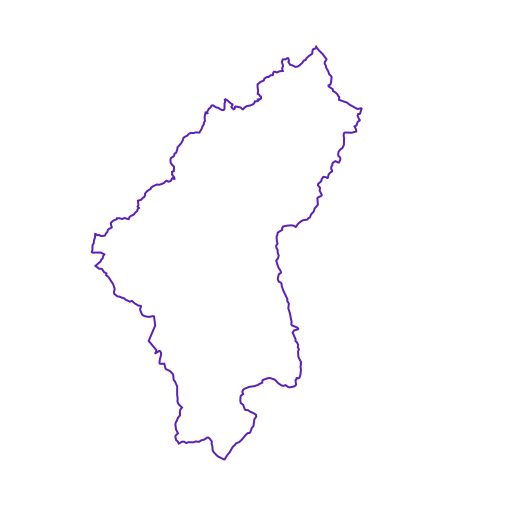 outline of Tay Giang, Quàng Nam, Vietnam, rotated 145°
{"feature_id": "81297802B8357375846053", "entity_name": "Tay Giang", "entity_type": "district", "adm_level": 2, "iso_a3": "VNM", "parent_name": "Vietnam", "parent_adm1": "Quàng Nam", "projection": "robinson", "projection_center": [107.448, 15.895], "detail": "fine", "context": "isolated", "style": "outline", "palette": "violet", "viewbox_px": 512, "rotation_deg": 145, "n_neighbors": 0, "source": "geoboundaries", "source_scale": "gbopen_adm2", "svg_char_len": 6095}
<svg xmlns="http://www.w3.org/2000/svg" viewBox="0 0 512 512"><g transform="rotate(145 256 256)"><path d="M281.4,141.3L280.9,142.5L280.2,142.7L280.0,143.2L279.2,149.0L276.3,153.7L274.5,154.8L274.0,157.4L272.4,159.1L272.0,162.2L272.5,163.5L271.3,165.1L270.0,172.1L267.7,173.2L263.7,171.9L263.1,172.3L263.2,173.6L266.3,178.5L266.3,179.7L264.6,181.7L261.1,189.7L259.5,194.7L256.4,198.1L256.2,201.2L255.0,202.7L253.5,211.8L252.4,215.9L250.9,219.0L251.0,220.2L252.0,221.7L251.7,224.0L250.7,225.4L247.7,228.0L245.5,227.9L244.9,228.2L244.4,229.9L244.2,233.9L242.1,240.6L239.2,241.5L237.2,243.3L236.1,246.8L234.9,248.3L234.6,250.8L234.0,252.3L233.5,252.9L231.3,253.8L230.4,256.1L228.1,260.0L226.5,260.9L225.0,262.5L224.2,262.7L219.5,262.4L218.7,263.8L216.8,264.6L213.3,263.1L209.2,260.7L207.7,259.1L206.8,257.0L203.2,258.2L199.6,258.6L197.2,258.4L193.0,256.4L191.2,257.0L189.8,256.6L187.0,258.5L183.8,259.2L182.5,259.8L180.7,261.3L175.9,262.5L172.6,268.1L171.8,268.4L168.0,267.8L167.1,268.3L166.4,273.0L164.4,275.2L164.7,278.4L163.7,279.4L159.8,279.8L158.1,281.3L155.4,282.2L153.5,280.4L152.9,279.0L152.2,278.9L149.7,281.2L146.8,281.8L145.3,281.6L144.7,282.2L144.4,284.3L143.0,286.0L141.5,286.6L140.3,287.9L139.1,288.3L136.5,288.1L135.1,285.5L134.3,285.0L131.6,286.6L130.8,287.8L130.6,288.8L131.1,290.9L130.1,292.5L128.6,294.0L127.6,294.4L125.4,294.9L123.3,294.9L120.2,296.7L116.2,302.1L115.1,304.5L113.6,306.1L112.4,306.2L106.9,302.1L102.6,300.5L102.3,300.7L101.5,302.2L100.9,305.6L98.8,305.3L96.3,307.2L95.3,307.6L93.3,307.5L93.0,307.8L93.1,309.1L92.3,312.6L90.9,313.7L89.7,312.9L89.0,313.0L85.0,316.2L85.2,316.8L88.2,318.0L88.9,318.8L92.6,326.4L93.4,329.3L98.4,336.3L96.6,338.6L96.8,339.6L96.6,342.1L97.0,344.1L98.3,347.0L97.5,348.7L99.2,353.2L98.8,354.2L96.8,353.8L96.3,354.1L95.0,355.1L91.4,359.3L91.3,361.0L91.8,363.1L90.9,365.6L90.5,370.0L89.7,371.8L89.4,374.3L88.3,375.5L85.9,376.3L85.4,376.8L85.6,383.3L86.6,388.9L86.7,392.9L88.4,391.9L90.5,392.6L91.4,392.3L93.6,389.9L94.5,389.4L97.9,389.5L101.5,389.0L102.9,388.1L104.5,388.7L107.3,387.7L111.0,387.2L113.4,387.3L115.3,388.4L117.0,391.5L118.3,393.0L118.2,396.3L116.9,397.2L116.1,399.4L117.0,400.2L118.9,400.1L121.3,401.7L123.6,400.1L124.4,397.1L125.2,395.8L126.9,394.9L127.9,392.2L130.7,393.8L133.7,394.4L134.6,395.9L135.5,396.6L136.6,396.3L138.5,394.5L140.4,395.7L143.0,395.4L144.6,396.5L147.6,396.4L148.9,395.3L152.8,396.0L156.3,395.7L158.1,393.0L159.5,390.0L161.6,387.9L160.8,386.4L161.0,384.7L160.5,383.8L161.5,382.2L162.2,382.0L164.6,383.1L164.7,382.0L165.8,381.9L168.2,383.3L169.1,382.6L171.0,382.0L172.1,382.1L174.7,382.7L177.7,384.1L180.3,384.1L182.5,383.6L182.9,384.1L183.4,386.4L186.8,390.1L187.8,390.2L188.3,389.5L189.3,388.9L190.2,389.1L190.7,391.4L190.6,392.3L188.5,393.2L188.3,393.8L189.0,395.1L190.4,400.6L191.1,401.9L191.9,402.0L192.7,400.1L194.3,399.0L197.3,394.7L198.9,394.1L200.1,395.1L201.3,397.1L201.8,398.9L203.4,400.6L204.7,403.9L205.6,404.6L206.2,404.6L208.3,403.7L210.4,403.6L211.6,402.8L213.0,402.4L213.4,402.1L213.8,400.8L214.4,401.0L215.1,402.4L218.5,399.2L220.3,396.0L222.5,394.9L223.1,393.8L225.1,393.1L227.5,391.4L231.6,389.6L234.6,391.9L236.9,392.6L238.8,394.3L241.2,394.5L243.3,394.1L247.4,394.5L249.9,392.6L252.7,391.2L257.9,390.1L259.1,388.7L262.1,386.4L264.0,386.5L266.0,384.9L269.5,385.0L270.9,383.9L272.4,381.3L272.4,378.3L271.9,376.5L272.3,375.6L274.6,372.7L276.4,373.2L277.3,371.7L278.0,371.0L277.9,367.5L278.5,366.0L279.1,366.3L279.8,367.7L280.6,367.6L281.9,366.7L283.5,366.5L285.1,367.1L285.9,368.8L287.9,369.0L288.9,368.6L291.7,369.0L294.5,369.9L296.2,371.4L299.7,372.1L302.6,372.2L303.8,371.4L308.3,371.6L311.1,370.7L312.1,369.3L314.0,368.4L315.3,368.6L317.9,367.9L321.0,369.0L323.1,365.2L324.7,364.4L324.3,362.5L326.3,362.2L327.6,360.9L329.6,360.9L332.3,360.0L335.7,360.6L337.4,360.4L339.2,359.2L341.0,361.3L341.7,362.5L344.3,363.0L346.3,365.4L348.4,366.7L349.1,366.0L352.5,366.8L355.3,366.5L356.0,366.3L356.8,364.9L357.8,362.1L361.3,362.5L362.3,362.3L363.9,361.0L366.1,360.5L367.9,359.4L370.7,360.6L371.8,361.7L372.4,363.2L374.1,364.1L374.5,365.6L375.1,366.3L377.0,363.8L379.8,361.6L381.7,359.5L383.7,358.6L386.7,354.6L388.2,353.5L388.2,353.0L387.8,352.4L381.2,347.9L379.3,344.3L381.0,343.7L383.3,341.9L384.8,341.8L386.4,340.7L393.2,340.0L391.8,335.6L390.0,334.2L389.6,333.4L389.7,329.8L388.5,327.6L389.8,326.3L388.9,323.5L389.2,314.7L390.6,310.1L393.1,308.0L393.8,306.2L392.6,302.3L391.0,300.9L389.7,298.6L388.4,297.3L387.9,295.1L385.5,290.9L383.4,290.4L382.5,286.7L381.0,283.2L379.0,281.1L379.1,280.6L381.4,279.0L381.9,278.0L382.9,273.5L382.6,272.1L381.3,270.1L378.8,267.6L375.2,266.0L374.2,265.0L378.4,256.9L392.6,248.0L391.6,236.1L392.1,235.2L394.1,234.3L394.1,234.0L389.6,233.7L389.2,233.2L389.2,231.5L390.2,229.8L394.1,226.4L396.2,224.0L396.6,223.2L396.0,222.4L392.9,220.4L394.6,215.9L394.6,214.7L393.2,212.6L392.4,210.8L391.8,206.6L394.6,201.5L394.3,199.9L395.4,194.4L400.4,187.2L402.0,184.0L403.8,181.9L404.4,179.5L403.6,174.2L405.9,173.7L407.1,172.8L409.6,169.1L412.8,168.2L415.6,166.3L416.9,165.9L418.6,164.4L421.0,159.8L421.6,155.5L424.8,155.0L425.6,154.4L427.0,151.2L426.5,149.2L426.8,146.6L422.9,146.3L421.3,144.9L420.5,142.9L418.1,142.2L414.2,139.3L411.6,138.6L409.4,136.5L406.6,136.4L403.7,135.3L400.1,135.2L399.2,134.6L398.7,133.2L398.6,129.4L399.9,127.9L400.8,125.3L402.8,122.0L403.2,119.9L402.3,114.0L398.9,107.7L398.4,107.4L393.1,109.6L390.5,110.2L384.5,113.0L381.4,113.4L379.9,114.0L376.5,113.2L372.7,113.7L366.8,115.4L364.1,115.6L362.8,114.8L361.8,114.9L358.3,117.4L355.6,118.2L351.0,123.2L347.9,124.3L347.1,125.8L347.8,127.9L349.9,131.5L351.0,134.3L352.9,135.9L353.2,136.7L351.9,141.3L352.8,144.3L351.7,146.7L349.3,149.7L348.5,150.2L345.7,150.3L345.3,152.4L343.6,153.7L341.4,153.8L336.4,152.6L332.2,150.4L328.3,149.2L326.9,149.3L323.7,148.6L322.1,150.3L321.2,150.5L315.8,148.9L314.4,147.9L311.4,143.7L310.7,138.9L309.4,135.4L308.1,133.9L305.9,133.3L304.8,130.2L303.8,129.1L299.5,127.2L297.8,127.3L296.9,127.7L294.9,131.6L293.8,131.7L292.7,132.7L291.2,131.4L290.5,131.3L288.2,132.8L284.4,137.0L283.1,139.8L281.4,141.3Z" fill="none" stroke="#5b21b6" stroke-width="2"/></g></svg>